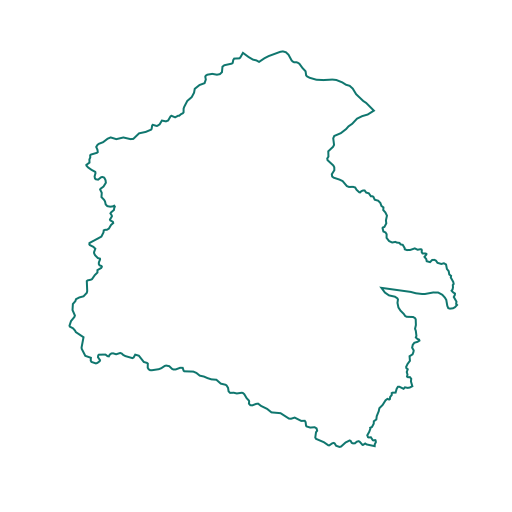 outline of Manzanares, Caldas, Colombia, rotated 83°
{"feature_id": "7082276B1219739961370", "entity_name": "Manzanares", "entity_type": "district", "adm_level": 2, "iso_a3": "COL", "parent_name": "Colombia", "parent_adm1": "Caldas", "projection": "robinson", "projection_center": [-75.127, 5.233], "detail": "fine", "context": "isolated", "style": "outline", "palette": "teal", "viewbox_px": 512, "rotation_deg": 83, "n_neighbors": 0, "source": "geoboundaries", "source_scale": "gbopen_adm2", "svg_char_len": 6061}
<svg xmlns="http://www.w3.org/2000/svg" viewBox="0 0 512 512"><g transform="rotate(83 256 256)"><path d="M260.3,427.0L270.2,427.8L271.9,428.4L275.0,432.1L275.6,436.4L276.9,439.9L278.8,440.8L281.3,443.6L287.3,444.7L293.0,443.0L294.4,443.7L298.0,447.5L302.4,449.6L303.4,449.4L305.5,446.4L308.0,444.7L309.6,444.1L315.6,437.1L325.6,440.3L326.9,440.3L334.3,437.6L336.9,432.3L339.7,432.8L341.1,432.2L343.1,428.0L342.8,426.5L341.4,424.0L340.4,423.5L337.2,425.2L335.4,424.7L334.8,423.9L335.5,417.4L337.3,415.6L337.7,414.3L336.1,413.2L335.1,411.4L335.2,409.7L336.5,406.8L335.7,402.6L336.5,401.1L338.0,399.9L339.4,397.9L342.3,391.1L341.8,389.8L339.2,387.9L340.7,384.4L347.5,380.3L348.8,377.3L349.6,376.5L353.7,377.1L355.4,376.3L356.4,375.1L356.7,373.3L356.5,366.2L355.8,363.6L354.0,360.0L353.8,358.5L354.8,355.5L357.9,353.0L358.6,351.7L358.8,349.5L357.7,344.9L358.1,342.4L361.1,341.8L361.7,341.2L363.1,332.3L364.8,329.4L367.9,326.4L369.3,322.4L371.3,319.0L373.0,315.3L374.0,310.4L378.4,306.5L380.1,301.9L380.9,301.0L383.5,299.8L387.0,299.7L388.7,298.4L389.0,294.8L390.1,291.8L390.0,286.7L390.4,285.7L391.7,284.5L396.0,282.6L398.6,280.7L399.4,280.5L401.7,281.0L403.4,279.8L403.8,277.9L402.8,273.9L402.8,271.9L405.4,269.3L409.1,263.6L413.1,259.7L415.0,250.8L421.4,243.1L421.8,241.1L421.1,237.3L425.2,231.2L425.5,227.7L426.9,227.0L430.5,227.0L431.3,226.6L432.9,223.1L433.1,218.7L434.5,216.9L436.9,216.6L438.2,217.9L443.4,219.3L444.8,218.7L449.1,211.3L452.7,207.3L452.9,206.4L451.2,203.1L451.0,201.6L451.6,200.8L454.1,199.6L455.7,196.4L455.5,194.8L452.0,189.8L450.5,185.5L451.1,184.6L453.1,183.8L453.8,182.6L454.0,180.7L452.6,178.6L452.3,176.7L453.0,175.7L456.5,173.3L456.5,172.6L455.4,170.5L456.5,169.2L459.2,161.4L457.4,161.1L455.3,159.7L453.5,159.8L453.2,160.2L453.4,161.7L453.1,162.5L449.9,164.1L449.9,166.1L449.5,166.9L447.5,167.4L444.4,165.1L441.3,163.5L440.4,163.6L439.8,161.7L436.8,159.6L434.4,159.2L432.9,156.5L429.7,155.7L425.0,153.1L422.1,152.1L419.3,148.5L415.0,145.0L413.8,142.9L414.7,141.4L414.4,140.6L412.2,140.0L410.5,138.2L408.6,138.0L408.3,137.2L408.6,134.1L405.0,132.6L403.1,131.1L403.2,129.7L405.8,125.7L404.5,124.2L405.4,121.5L405.3,119.4L404.3,116.7L399.4,117.5L396.8,116.9L395.0,118.0L394.8,120.0L394.1,120.8L392.2,120.1L389.5,120.5L386.9,119.2L385.7,120.4L384.4,120.5L381.6,118.7L378.8,116.0L374.2,115.8L372.7,112.6L370.4,111.4L368.9,111.0L366.0,112.2L363.2,111.2L361.4,109.4L360.9,106.2L359.9,104.1L358.9,104.3L358.0,105.9L356.3,107.3L354.8,106.5L349.8,106.5L347.6,107.0L344.0,105.7L338.3,105.2L337.0,105.8L335.7,107.5L334.7,113.8L333.8,115.2L331.5,116.4L327.9,119.2L324.5,120.9L319.8,121.3L316.4,120.4L315.2,120.9L313.3,123.1L311.3,128.8L308.0,132.5L302.9,135.4L310.5,106.8L312.5,101.8L313.9,96.0L314.3,92.9L313.8,84.6L314.5,79.6L317.2,75.8L320.3,73.6L322.8,72.5L328.8,72.2L331.2,71.5L331.9,69.9L331.9,66.8L331.1,64.8L329.1,62.4L328.0,63.2L325.7,62.6L320.8,64.7L318.9,63.4L317.5,63.1L316.1,64.8L314.3,66.1L313.2,65.0L311.1,64.3L308.8,64.2L307.8,63.2L305.7,63.4L301.1,65.3L299.5,64.8L297.9,66.4L294.5,66.6L292.1,68.1L287.6,68.4L286.1,70.4L286.5,73.0L284.9,76.7L282.6,77.9L281.6,79.3L281.4,81.6L283.3,84.0L282.0,87.2L279.8,87.4L277.4,88.9L275.3,86.7L274.7,86.6L274.2,87.3L273.8,90.4L272.3,91.1L270.4,90.7L269.6,91.0L269.3,92.1L269.5,94.8L267.8,97.5L268.8,102.2L268.5,105.5L267.5,107.5L266.2,107.5L262.8,109.0L262.1,111.1L260.5,112.0L259.8,114.7L259.0,115.9L259.2,119.2L257.4,122.1L253.9,124.2L250.3,123.7L248.4,124.6L247.2,126.6L243.7,127.0L243.2,126.7L242.8,125.0L239.5,122.7L236.5,122.7L231.9,121.1L228.5,122.3L225.9,124.1L223.3,123.6L221.6,125.4L218.5,126.1L216.0,128.0L214.6,131.3L211.5,132.3L210.9,133.2L210.7,134.7L207.5,136.4L206.5,138.9L204.2,140.2L204.0,141.7L204.5,143.5L205.6,145.0L205.3,145.8L202.6,148.1L200.1,149.2L199.2,151.2L198.8,155.3L197.7,157.3L192.2,160.9L190.3,163.9L187.7,169.4L186.4,170.7L184.1,170.8L180.4,167.8L177.5,167.5L175.6,168.2L169.6,173.3L167.9,173.4L166.2,172.0L160.9,171.5L157.0,166.2L155.2,165.0L148.6,165.0L146.4,163.7L144.4,156.8L141.0,151.1L138.6,148.4L136.5,144.4L132.0,139.0L130.1,133.5L129.2,127.9L126.1,121.3L117.5,128.0L115.2,130.7L107.6,136.9L101.6,139.6L98.5,142.3L97.0,145.8L94.2,149.2L91.1,154.8L90.2,158.6L89.6,167.6L88.4,174.6L85.6,181.1L84.0,183.4L82.9,184.2L78.7,184.3L75.0,187.0L70.5,189.5L69.3,190.9L68.6,192.3L68.4,194.5L67.5,195.8L66.3,196.8L60.2,199.2L57.4,201.5L56.2,204.4L56.3,207.1L59.1,219.0L60.7,223.4L63.7,229.3L61.9,231.8L60.7,235.1L57.7,239.0L52.8,244.2L57.2,247.5L57.8,248.5L57.4,253.6L58.7,254.7L61.5,255.6L62.1,256.6L62.8,264.2L64.0,266.2L69.4,267.4L71.1,269.7L71.3,272.7L69.9,277.2L70.1,282.2L70.9,283.9L71.9,284.5L74.7,284.3L78.2,286.0L79.4,291.2L82.6,296.4L86.4,297.6L89.4,299.7L90.5,300.5L93.7,305.3L99.1,309.0L100.9,309.9L104.6,310.4L105.4,311.2L106.1,313.2L107.4,315.1L107.3,316.2L108.5,319.4L106.5,322.9L107.1,323.9L110.8,326.7L111.4,329.0L110.1,332.9L113.6,335.6L114.8,338.1L114.8,338.8L113.2,342.5L113.9,343.2L117.1,344.1L117.8,344.7L119.4,350.3L120.0,357.1L124.8,363.5L124.7,366.3L122.2,373.2L123.0,380.4L120.6,385.8L121.5,389.0L124.4,393.9L125.5,398.3L126.4,399.8L128.3,401.3L131.3,400.4L133.6,400.4L134.2,401.3L135.2,407.4L135.8,408.3L138.0,408.5L139.9,409.6L143.0,409.9L144.9,413.3L145.6,413.3L147.6,411.9L150.5,408.7L152.9,405.3L154.2,405.2L157.3,406.5L159.4,406.4L160.3,405.7L161.0,403.4L159.0,400.2L158.8,399.0L159.5,397.4L160.4,396.8L162.5,396.1L165.0,396.1L168.5,398.9L170.3,402.1L171.0,402.6L174.5,401.4L178.7,402.2L181.8,399.9L183.5,399.2L186.5,398.9L188.4,397.5L189.3,394.6L189.3,392.2L188.8,390.6L189.9,390.1L190.6,390.7L193.0,391.4L195.1,394.6L196.0,395.3L198.2,394.2L199.1,394.2L202.0,396.5L202.9,396.3L204.6,393.9L205.9,393.7L207.5,396.1L210.9,398.7L211.8,400.8L211.6,402.5L212.0,404.0L214.0,404.5L217.9,407.1L222.8,419.7L224.2,420.0L224.9,419.6L227.1,416.3L229.2,414.6L232.5,416.3L233.8,416.3L235.7,415.6L238.8,413.2L239.6,411.2L240.5,411.2L243.1,412.7L244.8,413.0L246.2,412.4L247.1,410.6L247.9,410.3L249.0,411.1L250.7,415.1L253.1,415.4L255.3,418.3L259.0,421.6L259.4,422.8L259.7,426.1L260.3,427.0Z" fill="none" stroke="#0f766e" stroke-width="2"/></g></svg>